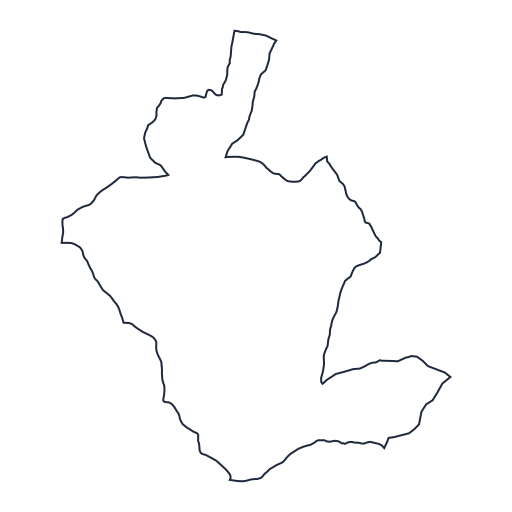 Lungnyi, Paro, Bhutan (Natural Earth projection)
{"feature_id": "84629894B57093636302105", "entity_name": "Lungnyi", "entity_type": "district", "adm_level": 2, "iso_a3": "BTN", "parent_name": "Bhutan", "parent_adm1": "Paro", "projection": "natural_earth1", "projection_center": [89.391, 27.38], "detail": "fine", "context": "isolated", "style": "outline", "palette": "slate", "viewbox_px": 512, "rotation_deg": 0, "n_neighbors": 0, "source": "geoboundaries", "source_scale": "gbopen_adm2", "svg_char_len": 5993}
<svg xmlns="http://www.w3.org/2000/svg" viewBox="0 0 512 512"><path d="M61.6,242.8L65.4,242.9L68.9,242.9L71.7,243.1L74.6,244.2L78.0,246.1L80.1,247.5L81.2,249.0L82.6,251.3L82.9,252.9L83.2,254.5L83.5,255.6L84.0,256.9L84.9,258.3L87.0,260.9L87.9,262.8L88.6,264.7L89.4,266.3L90.3,268.2L91.2,269.7L92.3,271.6L93.1,273.7L93.8,276.1L94.1,277.2L95.1,278.8L97.4,281.1L98.3,282.2L99.3,284.1L101.9,288.5L103.2,290.3L104.9,291.7L109.8,295.6L111.7,297.9L112.9,299.7L114.0,301.2L116.6,304.3L118.1,306.7L118.9,308.6L119.5,310.3L119.9,311.5L120.7,314.2L121.5,316.0L122.4,318.6L123.6,322.7L125.4,322.8L128.8,323.0L131.7,323.9L132.7,324.6L133.8,325.7L135.5,327.1L137.8,328.7L142.9,332.0L148.4,334.6L150.7,335.8L151.9,336.5L153.5,337.7L154.3,338.6L155.2,339.9L155.9,340.9L156.3,342.5L156.2,348.0L156.4,350.0L156.7,351.7L157.9,354.9L160.1,359.3L161.3,362.0L161.5,363.8L161.5,365.0L161.7,366.1L161.9,368.4L162.0,369.9L161.9,372.8L162.1,376.2L162.2,378.4L162.7,380.9L163.5,383.7L164.1,385.0L164.4,386.8L164.4,391.7L164.2,393.6L163.8,396.7L163.3,398.8L163.3,400.7L164.7,402.0L168.9,402.4L170.9,403.4L172.7,405.0L174.4,407.2L176.1,410.0L177.0,411.5L178.3,413.2L179.3,415.7L179.7,418.0L180.2,419.5L181.0,421.2L181.9,423.0L182.6,424.1L186.5,427.3L193.3,431.6L197.5,433.5L198.2,435.0L198.1,440.7L199.1,444.1L199.3,445.9L199.5,449.2L199.7,450.4L200.0,451.4L200.8,452.9L201.6,453.6L203.4,454.3L205.7,454.9L215.7,460.3L217.8,462.0L225.6,469.2L227.4,471.2L229.5,473.9L230.1,475.0L230.5,476.1L230.5,478.2L229.8,479.9L237.2,481.0L242.6,481.3L246.5,480.7L250.0,479.7L252.0,479.3L254.3,479.1L257.2,479.0L259.4,478.4L261.4,477.6L263.3,475.5L264.5,473.9L266.9,472.0L269.7,469.1L272.9,467.3L275.9,465.4L280.7,463.2L282.3,462.4L283.3,461.7L286.3,458.1L287.7,456.5L289.7,454.6L291.9,452.9L298.6,448.7L303.2,446.8L308.1,445.3L309.5,445.1L310.9,444.6L313.1,443.4L314.5,442.5L316.3,441.1L318.5,440.2L321.0,440.3L323.5,440.2L324.8,440.4L326.5,441.3L328.1,441.6L330.4,441.7L332.5,441.2L333.7,440.9L336.2,440.9L338.7,441.4L340.6,442.5L341.9,443.4L343.1,443.2L345.0,443.8L346.3,443.3L348.0,442.3L350.0,442.0L351.4,441.9L354.5,442.6L355.5,442.6L359.0,442.8L362.1,443.6L364.4,443.5L367.2,442.4L370.3,441.9L378.5,443.8L382.0,445.5L384.2,448.1L387.8,440.3L388.6,437.9L393.7,437.2L409.0,433.3L414.3,429.2L419.0,424.4L421.5,411.6L426.2,404.3L431.3,401.1L432.4,400.5L436.5,394.1L442.4,383.5L450.4,377.0L444.8,372.5L427.9,366.1L422.7,360.8L417.0,356.7L411.4,356.0L408.5,357.1L406.1,357.5L397.7,361.3L392.8,361.0L381.5,360.7L379.9,360.2L376.0,362.4L372.4,362.7L369.1,363.8L364.2,366.6L359.8,368.6L353.3,369.1L343.8,371.9L335.8,374.0L326.8,379.9L322.6,383.8L321.3,382.2L321.1,378.1L322.8,372.0L323.9,365.5L324.0,363.2L324.0,361.3L323.9,360.0L323.7,356.2L324.3,353.6L325.6,350.2L326.6,347.9L327.4,346.5L327.7,345.2L327.9,343.3L328.3,339.5L329.3,336.3L329.8,334.5L329.9,332.8L329.9,331.1L330.2,329.1L330.5,327.6L331.1,326.1L331.7,322.6L332.0,321.3L332.8,318.9L334.0,316.5L334.9,314.8L336.2,312.5L336.6,311.3L337.3,308.4L337.8,306.0L338.4,301.3L339.2,297.8L340.5,292.3L341.9,288.3L345.2,280.7L346.3,279.9L347.8,278.6L349.9,277.2L350.7,276.2L352.0,272.9L352.9,270.9L354.0,268.7L355.1,267.3L356.7,266.1L358.9,265.3L361.2,264.5L363.9,263.7L367.3,262.1L368.9,261.1L371.1,259.2L375.4,257.1L377.0,255.5L380.0,252.7L380.4,249.6L380.7,246.4L380.9,245.3L381.2,243.5L380.9,241.8L379.3,240.7L377.9,238.6L375.7,236.2L373.4,231.6L372.3,229.2L371.3,226.9L369.3,223.7L368.4,223.3L366.7,222.8L365.5,222.5L364.7,221.3L364.3,218.6L363.9,217.6L363.3,215.9L362.8,214.1L361.9,211.4L360.6,209.2L358.4,207.2L356.2,203.6L355.6,202.3L354.6,201.3L352.3,200.7L350.6,200.1L348.9,198.7L347.2,196.3L346.1,193.4L345.6,190.7L345.0,188.6L344.7,186.6L343.1,184.2L341.7,182.9L339.4,181.0L337.1,174.7L332.8,169.1L330.4,165.6L329.2,163.6L327.2,161.4L326.7,156.6L323.9,157.7L322.7,158.6L320.6,160.0L318.6,161.1L317.0,162.3L315.8,163.1L315.0,164.0L313.3,166.5L311.1,169.3L309.9,170.9L308.3,172.6L304.6,176.3L303.4,177.2L302.5,178.4L301.1,180.0L300.1,180.9L297.7,181.6L293.7,181.8L289.1,181.4L287.3,181.0L285.8,180.0L284.4,178.9L282.6,177.4L281.0,176.0L279.8,174.7L278.9,174.1L277.7,174.0L274.6,173.7L273.2,173.2L271.4,172.0L269.5,170.6L268.6,169.5L266.3,167.7L264.6,165.5L262.0,163.1L261.0,162.4L259.4,161.6L256.4,160.7L251.5,159.4L246.7,158.3L244.0,157.7L240.0,157.0L238.1,156.8L233.0,156.8L228.3,156.9L225.6,157.2L227.5,151.2L232.2,143.7L237.6,140.2L243.3,134.7L247.2,123.1L249.0,119.6L249.5,116.3L250.1,114.8L251.8,110.5L252.6,104.8L252.7,102.2L254.2,96.8L254.7,91.6L256.2,88.8L257.7,84.9L258.5,82.6L259.4,78.2L260.9,74.4L265.6,70.3L267.4,65.2L269.1,59.4L269.5,53.5L271.5,49.5L274.2,43.5L276.3,40.5L275.3,40.0L272.5,38.8L268.9,37.0L265.4,35.4L262.8,34.9L259.6,34.2L255.0,33.9L251.8,33.3L249.0,32.5L245.6,32.1L240.5,32.0L238.4,31.3L234.5,30.7L232.6,40.9L232.4,42.1L231.8,44.8L231.4,46.8L230.7,55.9L230.5,57.0L230.2,58.3L229.9,59.5L229.6,60.9L229.9,62.8L227.7,67.0L227.3,70.3L227.2,75.1L225.7,80.5L224.1,83.3L223.3,84.5L222.9,85.9L222.8,87.2L221.9,89.2L221.9,92.1L221.7,94.6L219.7,95.3L218.0,95.4L216.4,95.0L215.1,94.1L212.1,90.8L211.0,90.2L208.9,89.8L207.8,90.3L206.9,91.6L205.9,95.0L205.5,97.0L203.7,97.7L201.1,96.7L196.9,95.6L193.1,95.4L184.1,97.9L174.6,98.4L165.3,97.9L163.8,98.3L162.0,100.0L161.3,101.0L160.8,102.7L159.4,105.1L157.0,108.0L156.4,112.2L156.5,115.8L155.3,119.3L152.6,122.2L148.1,125.2L147.3,128.1L145.2,132.6L144.0,138.4L146.1,146.5L147.7,151.0L150.1,157.7L155.2,162.8L160.3,165.1L162.4,167.6L164.5,170.9L168.3,174.9L166.2,175.6L157.6,177.0L150.8,177.4L143.7,177.7L139.7,177.7L137.1,177.3L134.2,177.3L128.3,177.7L122.7,177.1L120.3,177.1L119.2,177.8L117.8,178.9L115.2,181.2L111.2,184.3L107.4,187.0L104.6,188.8L101.0,191.2L98.5,193.4L96.5,195.4L95.2,197.8L94.1,200.0L91.5,203.1L89.8,204.5L88.7,205.0L87.7,205.3L85.3,206.0L82.9,206.8L80.2,208.2L77.8,209.5L76.2,210.9L74.3,212.8L71.5,215.0L67.2,217.2L65.1,217.7L62.7,218.9L62.5,220.8L62.4,222.0L62.5,225.3L63.0,228.5L63.2,232.1L62.6,235.7L62.2,237.5L62.1,239.5L61.6,242.8Z" fill="none" stroke="#1e293b" stroke-width="2"/></svg>